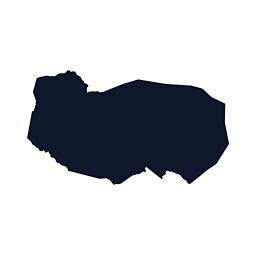 Guata, Olancho, Honduras, rotated 286°
{"feature_id": "27666195B45988200529008", "entity_name": "Guata", "entity_type": "district", "adm_level": 2, "iso_a3": "HND", "parent_name": "Honduras", "parent_adm1": "Olancho", "projection": "natural_earth1", "projection_center": [-86.397, 15.161], "detail": "fine", "context": "isolated", "style": "filled", "palette": "ink", "viewbox_px": 256, "rotation_deg": 286, "n_neighbors": 0, "source": "geoboundaries", "source_scale": "gbopen_adm2", "svg_char_len": 5254}
<svg xmlns="http://www.w3.org/2000/svg" viewBox="0 0 256 256"><g transform="rotate(286 128 128)"><path d="M71.2,82.6L72.1,114.6L74.8,121.7L74.4,122.1L74.2,122.4L74.2,122.5L74.0,123.1L73.9,123.9L73.9,124.4L73.8,125.1L73.4,125.5L73.1,126.0L72.9,126.5L72.6,127.0L72.4,127.3L71.8,127.7L71.5,128.0L70.4,129.9L70.5,130.0L70.7,130.4L71.0,130.8L71.3,131.4L71.8,132.6L72.0,133.9L72.3,134.4L72.6,135.1L73.0,135.6L73.5,136.3L83.4,144.2L84.5,145.4L85.6,147.4L85.9,147.7L86.2,148.2L86.6,148.6L86.7,148.8L87.1,149.8L87.5,151.0L87.8,151.5L88.1,151.8L89.3,152.5L89.6,152.9L90.6,153.8L90.7,154.0L91.1,154.3L91.4,154.7L91.4,154.8L91.4,155.0L91.1,155.5L91.0,155.8L91.1,156.1L91.4,156.2L91.5,156.1L91.8,156.0L92.3,155.5L92.8,155.2L93.2,154.6L93.4,154.5L93.6,154.5L94.2,154.8L94.8,154.9L95.8,155.7L96.0,155.8L96.6,155.9L97.1,155.8L97.3,156.0L97.3,156.3L97.2,156.5L97.0,156.9L96.8,157.2L96.5,157.5L96.0,157.6L89.0,174.2L89.2,174.3L89.3,174.2L89.6,174.0L89.9,173.8L90.3,173.6L91.3,173.7L91.7,173.6L92.1,174.4L92.3,174.5L92.7,174.5L92.9,174.6L93.0,174.7L93.1,175.0L93.3,175.4L94.1,175.7L94.1,175.8L94.2,176.0L94.4,176.2L94.5,176.2L94.8,176.2L95.2,175.8L96.0,175.5L96.3,175.7L96.6,175.8L96.8,175.8L97.1,175.8L97.6,176.0L98.3,176.7L98.5,177.0L98.6,177.6L98.6,178.1L98.4,178.8L98.5,179.1L98.5,179.5L98.3,179.9L98.3,180.2L98.5,180.7L98.9,181.7L99.0,182.0L99.0,182.4L98.9,182.9L98.6,183.8L98.6,184.1L98.6,184.7L98.7,185.4L98.7,185.7L98.6,186.0L98.5,186.3L98.2,186.6L98.2,187.8L98.1,188.2L98.1,188.6L98.1,188.8L98.2,189.7L98.2,190.1L97.7,191.3L97.7,191.8L97.6,192.2L97.3,192.3L96.9,192.7L96.8,192.8L96.7,193.2L96.5,193.6L96.4,193.9L95.9,194.2L95.7,194.3L94.9,195.8L94.6,196.7L94.5,197.0L94.4,197.3L94.4,197.5L94.4,197.9L94.4,198.4L94.3,198.6L94.2,198.9L94.1,199.1L93.7,199.4L93.1,200.2L92.9,200.4L92.4,200.7L92.2,201.0L92.0,201.3L91.9,201.9L91.9,202.4L92.0,202.7L110.7,215.8L118.1,222.1L140.5,228.7L153.3,222.1L160.0,218.8L177.5,214.2L180.0,199.6L185.6,188.5L185.5,177.6L180.0,152.2L176.8,124.7L168.8,112.1L157.2,97.1L157.1,96.8L157.1,96.7L156.8,96.5L156.4,96.1L155.8,95.5L155.6,95.4L155.4,95.2L155.2,94.8L155.1,94.5L155.1,94.1L154.6,92.9L154.5,92.7L154.2,92.5L153.9,92.3L153.8,92.0L153.7,91.7L153.7,91.3L153.8,90.9L154.0,90.0L154.1,89.5L154.2,88.9L154.2,88.5L153.8,87.7L153.4,87.1L153.3,86.7L153.2,86.3L153.1,85.2L153.0,84.7L152.7,84.0L152.4,83.4L152.0,82.0L151.8,81.6L151.6,81.1L151.3,80.8L150.3,79.8L150.1,79.7L149.9,79.6L149.7,79.5L149.6,79.3L149.6,79.1L149.7,78.8L149.7,78.4L149.8,78.3L150.8,78.1L151.7,77.9L152.4,77.5L153.0,77.1L153.5,77.0L155.1,76.8L155.6,76.7L156.0,76.7L156.3,76.8L156.6,77.1L156.8,77.4L157.0,77.6L157.4,77.4L157.8,77.0L158.3,75.8L158.3,75.5L158.3,74.6L158.3,74.2L158.4,73.8L158.8,73.4L158.9,73.1L159.0,72.6L159.2,72.4L160.3,71.9L160.5,71.7L160.6,71.4L160.6,71.0L160.3,69.9L160.3,69.7L160.5,69.6L160.9,69.6L161.4,69.6L161.6,69.6L161.8,69.3L162.2,69.0L162.6,68.7L163.0,68.3L163.3,67.9L163.5,67.6L163.6,67.4L163.5,67.0L163.5,66.6L163.5,66.3L163.6,66.0L164.1,65.3L164.2,64.9L164.2,64.4L164.3,64.0L164.4,63.1L165.1,63.1L165.4,63.0L165.7,62.8L166.1,62.5L166.2,62.2L166.4,61.7L166.8,61.0L166.8,60.7L166.7,60.5L166.7,59.6L166.4,59.5L166.1,59.2L166.0,58.8L165.9,58.6L165.4,58.7L165.1,58.8L165.0,58.7L164.9,58.4L164.9,58.0L165.0,57.6L165.7,57.1L165.8,56.8L165.8,56.4L165.9,56.1L166.2,55.9L166.4,55.7L166.5,55.6L166.4,55.4L165.7,54.2L165.4,54.1L164.7,54.0L164.2,53.9L163.8,53.6L163.6,53.2L163.2,53.0L162.9,52.9L162.7,52.8L162.6,52.5L162.3,51.3L162.0,50.9L161.7,50.7L161.6,50.3L161.7,49.3L161.6,49.0L161.5,48.8L160.9,47.8L160.2,46.3L160.1,46.2L159.9,46.1L159.4,46.0L159.1,45.9L158.7,45.6L158.3,45.2L158.0,44.7L157.6,44.5L157.3,44.2L156.7,43.4L156.3,43.0L156.3,42.9L156.6,42.2L156.6,41.9L156.2,40.8L155.9,40.2L155.5,38.9L155.5,38.3L155.4,37.0L155.2,35.9L154.8,34.6L154.6,34.2L154.2,33.7L153.7,32.8L153.4,32.3L152.6,30.8L152.4,30.3L152.2,30.0L151.8,29.2L151.7,29.2L151.1,28.8L150.9,27.9L150.8,27.6L150.7,27.5L150.5,27.3L136.6,27.4L128.7,33.1L128.4,33.2L127.5,33.0L127.1,33.0L126.7,33.1L126.0,33.3L125.7,33.4L125.3,33.7L125.1,33.9L124.8,33.9L124.6,33.8L123.5,33.3L123.2,33.3L122.2,33.6L121.9,33.6L121.4,33.5L121.1,33.4L120.7,33.4L120.0,33.5L119.2,33.6L118.3,33.6L118.0,33.4L117.7,33.2L117.4,32.2L117.2,32.1L116.9,32.0L116.7,32.0L90.9,34.5L90.9,35.0L90.7,35.4L90.3,36.0L89.7,36.8L89.2,38.0L89.0,38.5L88.8,38.9L88.4,39.3L87.8,40.0L87.3,40.3L86.9,40.5L86.6,40.9L86.5,41.3L85.7,44.0L85.3,44.5L85.1,44.8L85.0,45.0L84.7,45.9L84.6,46.7L84.4,47.4L84.1,48.2L84.0,48.4L83.8,48.6L82.9,49.0L82.6,49.5L82.4,49.9L82.4,50.1L82.5,50.4L82.7,50.6L83.0,51.6L83.6,52.2L83.9,52.3L84.1,52.5L84.3,52.7L84.5,53.0L84.5,53.4L84.3,53.7L83.9,54.1L82.7,55.2L82.6,55.4L82.5,55.5L82.7,55.8L83.4,56.6L84.0,57.4L84.3,58.0L84.2,58.4L84.1,58.7L83.9,58.9L82.9,59.5L82.4,59.8L82.2,60.1L82.0,60.5L82.0,61.2L81.9,61.5L81.4,61.7L80.7,61.8L79.9,61.9L79.7,61.9L79.5,62.0L79.5,62.3L79.4,62.7L79.5,63.3L79.6,64.1L79.6,64.8L79.5,65.2L79.2,66.0L79.0,66.4L78.3,67.2L77.4,68.2L76.9,68.6L76.7,68.7L76.4,68.8L76.2,68.9L76.1,69.2L75.9,69.7L75.8,70.0L75.8,70.3L76.1,71.0L76.1,71.3L76.1,71.5L75.6,72.6L75.4,72.8L75.2,73.1L74.9,74.3L74.5,74.9L74.5,75.1L74.5,75.6L74.7,76.4L74.8,77.3L74.7,78.1L74.4,79.1L74.2,79.5L73.3,81.0L72.9,81.6L72.4,82.0L71.5,82.5L71.2,82.6Z" fill="#0f172a" stroke="#020617" stroke-width="1.5"/></g></svg>